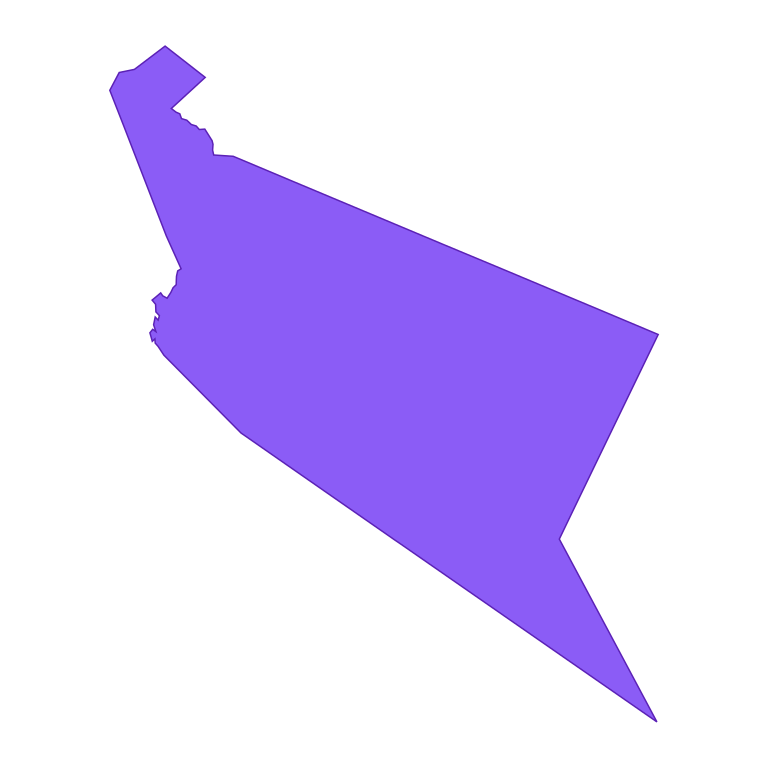 outline of Santa Luz, Piauí, Brazil
{"feature_id": "56859067B18968818228242", "entity_name": "Santa Luz", "entity_type": "district", "adm_level": 2, "iso_a3": "BRA", "parent_name": "Brazil", "parent_adm1": "Piauí", "projection": "natural_earth1", "projection_center": [-44.236, -9.056], "detail": "fine", "context": "isolated", "style": "filled", "palette": "violet", "viewbox_px": 768, "rotation_deg": 0, "n_neighbors": 0, "source": "geoboundaries", "source_scale": "gbopen_adm2", "svg_char_len": 871}
<svg xmlns="http://www.w3.org/2000/svg" viewBox="0 0 768 768"><path d="M656.9,721.9L559.3,539.1L574.9,506.7L594.9,465.3L658.2,334.5L613.5,315.7L506.0,270.6L442.9,244.3L291.0,180.6L233.2,156.3L213.7,155.0L212.6,150.1L213.0,144.3L212.1,140.7L207.9,134.0L204.8,129.1L199.3,129.5L196.2,126.0L191.3,124.5L186.8,120.2L181.5,118.6L179.8,113.8L176.1,112.2L171.3,108.5L205.2,77.4L165.1,46.1L134.4,69.4L119.2,72.5L109.8,90.3L124.0,126.6L166.3,235.9L181.1,268.8L177.7,270.9L176.5,276.2L176.3,280.5L176.2,284.7L173.1,287.7L170.8,292.5L167.1,298.2L162.7,295.8L160.7,292.9L156.1,296.8L152.1,300.1L155.6,304.3L155.9,311.9L159.4,315.7L158.1,320.1L155.2,317.0L153.6,324.8L155.9,331.6L152.7,329.3L149.9,332.8L152.3,341.3L154.9,338.9L155.2,343.1L158.1,346.4L163.9,355.2L241.0,433.0L287.4,465.3L395.2,540.3L399.2,543.0L656.9,721.9Z" fill="#8b5cf6" stroke="#5b21b6" stroke-width="1.5"/></svg>